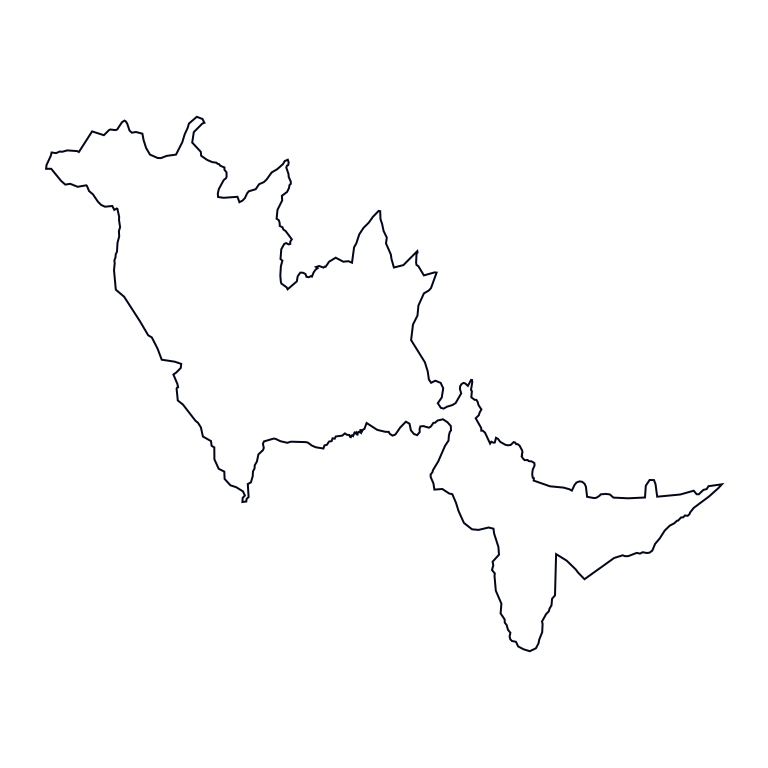 the district of Yilo Krobo, Eastern, Ghana
{"feature_id": "2480657B63323125119927", "entity_name": "Yilo Krobo", "entity_type": "district", "adm_level": 2, "iso_a3": "GHA", "parent_name": "Ghana", "parent_adm1": "Eastern", "projection": "equal_earth", "projection_center": [-0.125, 6.157], "detail": "fine", "context": "isolated", "style": "outline", "palette": "ink", "viewbox_px": 768, "rotation_deg": 0, "n_neighbors": 0, "source": "geoboundaries", "source_scale": "gbopen_adm2", "svg_char_len": 6106}
<svg xmlns="http://www.w3.org/2000/svg" viewBox="0 0 768 768"><path d="M721.9,484.3L708.5,486.2L706.6,489.1L703.4,489.9L698.8,494.3L696.6,494.2L693.7,490.7L680.3,494.5L657.2,496.7L655.5,484.1L654.0,480.1L649.6,480.0L645.8,485.7L645.0,497.5L628.3,498.3L613.4,497.6L609.8,494.4L605.6,493.9L600.6,494.4L599.6,495.7L596.5,497.7L594.2,498.1L587.1,496.8L585.9,486.6L584.5,483.7L582.2,481.8L579.4,481.4L576.5,482.5L574.5,485.0L571.9,490.6L569.3,489.2L563.5,487.6L550.0,486.3L533.7,480.6L533.9,478.2L532.7,477.7L532.2,474.1L532.7,469.9L534.6,465.3L534.3,463.0L531.6,461.4L528.7,461.1L527.6,460.0L524.7,460.2L522.8,458.3L521.6,456.2L522.1,455.5L521.9,453.8L522.5,452.6L522.1,450.4L519.6,445.7L517.6,444.1L516.1,444.1L515.2,442.6L513.7,442.1L510.6,445.0L507.7,445.3L505.2,444.7L500.3,441.9L497.9,438.8L496.0,437.8L494.8,442.5L493.4,442.7L491.3,441.7L490.1,443.6L485.0,432.6L482.7,430.7L481.3,430.7L481.2,428.0L475.7,418.3L478.9,415.1L479.6,412.6L481.4,409.4L478.6,405.3L477.6,401.8L476.4,399.9L474.6,399.8L471.3,397.3L471.9,391.2L471.0,389.9L472.3,382.0L472.0,380.0L471.1,379.9L467.9,385.9L465.3,383.5L463.6,382.9L461.6,384.0L460.2,386.1L459.9,388.9L461.2,393.4L455.6,403.1L452.3,405.1L447.0,406.7L443.6,408.6L440.8,407.8L437.8,403.2L441.8,397.4L443.2,388.3L440.7,382.9L435.3,380.7L431.1,382.8L428.9,379.5L427.7,371.3L424.9,362.3L411.1,340.1L413.0,324.5L417.5,315.5L418.4,305.6L423.9,293.4L428.8,290.5L431.0,288.1L436.6,272.6L434.5,272.4L423.9,275.4L418.4,266.2L416.5,264.9L416.1,262.6L416.5,254.1L417.6,252.3L417.3,251.1L403.4,265.1L393.9,267.5L391.5,259.0L390.8,254.4L386.0,243.4L386.8,237.6L383.6,231.0L382.1,223.9L380.5,219.2L380.2,211.2L378.7,210.9L373.0,216.7L368.8,222.6L363.4,228.0L359.3,234.3L356.2,243.7L354.1,247.2L352.0,262.7L348.4,261.2L343.3,261.7L335.7,257.7L329.1,261.7L325.6,266.8L324.7,266.6L323.5,267.6L319.2,266.0L316.0,267.0L317.6,268.2L315.6,269.6L313.7,272.3L311.9,276.6L311.0,276.1L308.8,277.2L306.5,276.8L305.5,274.1L303.3,272.8L300.3,272.6L297.7,276.3L296.8,281.4L287.6,289.3L286.7,287.4L281.3,283.5L280.8,281.3L280.3,275.4L280.9,266.1L282.4,260.7L280.5,259.0L281.3,249.2L284.2,244.0L286.1,243.1L288.7,244.4L290.3,243.9L290.2,241.8L291.8,239.3L285.6,231.0L283.5,229.7L282.4,227.2L279.8,226.0L279.6,222.7L278.8,220.2L276.6,218.7L277.5,209.8L282.2,200.4L281.9,195.8L287.1,191.9L289.0,188.0L289.5,185.1L290.8,183.8L290.8,181.6L288.7,176.9L288.5,174.0L286.3,167.6L286.9,165.8L288.2,165.0L288.7,162.5L287.8,159.7L284.7,161.1L283.0,164.1L277.2,169.2L271.7,172.4L266.7,179.4L263.9,182.1L259.1,184.2L255.7,189.2L248.8,191.3L247.2,193.2L244.9,198.1L242.5,200.6L239.4,202.2L237.5,196.8L223.6,197.8L218.1,197.0L217.8,193.6L218.8,189.1L223.7,180.1L226.0,178.2L226.6,176.7L226.5,172.3L224.4,169.7L224.5,167.5L220.4,165.8L219.0,164.1L217.6,163.8L216.4,162.7L212.2,162.1L207.1,159.9L201.2,155.8L200.8,151.8L192.2,142.6L193.8,132.1L202.4,123.5L204.4,122.8L202.5,119.0L196.8,116.8L188.9,123.6L187.7,127.8L184.7,134.3L182.3,142.2L176.0,154.6L166.6,155.9L161.0,158.1L157.7,158.0L150.0,154.6L146.1,148.0L143.6,140.1L142.4,133.7L136.0,132.0L131.8,132.7L129.5,130.5L127.2,123.6L125.7,121.3L124.4,120.6L121.9,122.3L117.2,129.5L115.4,130.1L110.3,129.5L108.9,130.2L103.9,135.2L92.1,131.4L78.9,152.0L77.2,151.1L67.3,150.4L62.1,151.8L59.8,151.5L56.1,153.1L51.6,152.5L50.8,155.8L46.5,165.1L46.1,168.8L51.2,168.8L61.2,181.0L65.3,184.6L70.2,183.8L77.7,186.8L86.3,185.3L87.0,186.0L89.0,191.0L93.0,194.4L97.9,201.7L101.1,204.9L105.0,206.7L112.3,206.0L114.3,209.9L116.7,208.5L117.4,208.8L119.2,217.1L119.0,220.0L120.1,227.2L118.9,231.1L119.2,236.4L117.5,242.9L117.0,251.6L115.7,254.4L115.5,257.4L114.4,260.3L114.7,263.5L114.0,270.1L115.8,289.7L124.1,296.7L140.1,321.5L148.2,335.3L151.8,337.4L157.6,348.7L161.7,359.7L174.8,361.7L181.2,363.9L180.8,367.9L176.2,372.6L173.4,374.5L177.4,384.0L178.1,387.3L177.0,387.7L176.6,388.8L177.8,400.5L182.9,404.5L195.4,420.7L198.0,422.8L200.9,427.4L202.9,436.5L211.0,441.1L211.6,445.8L214.3,447.4L214.4,459.3L218.7,468.8L224.3,471.6L224.6,478.9L230.4,485.3L236.2,487.2L243.0,491.4L244.9,495.6L242.7,497.8L242.4,502.0L246.3,501.5L246.6,498.9L248.6,497.1L247.8,484.0L250.9,482.4L252.7,476.3L253.0,471.3L254.5,468.6L254.8,465.1L256.9,461.6L258.4,454.4L263.0,450.1L263.8,447.9L262.9,443.8L264.0,441.4L273.6,438.6L275.4,438.8L280.4,441.2L287.3,442.8L290.9,441.7L305.5,442.1L307.9,442.6L311.9,445.6L315.9,447.3L323.4,448.5L324.5,445.4L326.9,444.8L329.0,441.6L331.6,441.1L332.6,438.3L334.7,438.7L335.7,436.5L342.3,435.6L344.9,433.4L347.0,434.8L349.3,435.0L350.0,435.7L349.8,436.6L350.8,437.2L352.1,435.3L353.1,436.0L354.6,432.4L355.4,432.5L356.2,433.7L356.7,432.6L357.6,434.0L358.0,432.4L359.0,431.8L360.8,432.8L360.4,430.1L361.1,430.0L362.1,431.2L362.7,429.9L364.4,428.9L366.6,423.0L377.3,429.9L385.3,431.8L388.8,431.9L389.7,433.8L392.6,435.6L395.4,434.5L400.3,427.4L405.9,421.7L409.5,423.7L410.9,430.3L413.8,433.9L417.1,435.2L419.7,432.1L419.6,428.8L420.4,426.4L423.5,426.1L428.9,427.7L430.9,426.5L433.4,422.9L435.1,422.7L437.6,420.5L443.0,419.3L447.4,422.2L450.8,426.0L451.0,430.4L449.8,432.0L448.9,435.5L448.5,440.6L445.0,445.9L438.2,461.5L433.0,470.1L432.4,472.3L430.6,474.5L430.7,477.1L433.4,483.3L434.4,489.6L442.3,489.0L449.2,493.5L452.3,494.2L456.0,502.8L458.5,510.9L463.9,522.9L472.0,529.3L478.5,529.9L488.6,527.5L493.5,528.7L494.1,533.5L498.4,546.9L499.0,554.7L492.6,561.7L493.3,565.3L492.0,570.0L494.8,573.4L494.5,575.9L495.8,590.7L501.4,603.7L500.6,613.4L504.6,619.4L504.8,622.7L506.6,624.9L508.0,629.8L510.4,632.8L509.6,636.4L510.2,639.1L511.9,641.0L516.0,641.8L518.1,646.4L523.6,649.3L529.8,651.2L535.9,648.3L538.5,643.4L539.2,639.7L542.2,632.2L542.6,623.8L542.0,621.5L546.1,614.1L548.8,611.3L549.6,608.5L551.5,605.3L552.1,598.7L555.0,595.4L556.1,554.1L566.6,560.6L575.7,569.4L578.0,572.5L584.5,579.2L614.1,558.0L622.7,555.3L625.1,556.2L628.3,556.1L636.7,552.9L640.0,553.6L642.7,552.2L646.8,553.0L649.5,552.7L652.3,550.6L655.1,543.9L659.8,538.3L664.7,530.6L669.8,525.6L674.4,523.2L677.0,520.7L678.1,520.6L681.0,517.5L683.2,517.3L684.9,515.5L687.7,515.8L689.6,514.0L690.0,512.6L693.7,507.9L709.0,496.5L718.4,488.1L721.9,484.3Z" fill="none" stroke="#020617" stroke-width="2"/></svg>